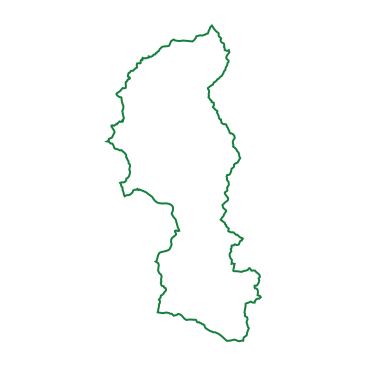 Mae On, Chiang Mai, Thailand, rotated 346°
{"feature_id": "78962969B29655257456650", "entity_name": "Mae On", "entity_type": "district", "adm_level": 2, "iso_a3": "THA", "parent_name": "Thailand", "parent_adm1": "Chiang Mai", "projection": "albers", "projection_center": [99.293, 18.727], "detail": "fine", "context": "isolated", "style": "outline", "palette": "green", "viewbox_px": 384, "rotation_deg": 346, "n_neighbors": 0, "source": "geoboundaries", "source_scale": "gbopen_adm2", "svg_char_len": 6032}
<svg xmlns="http://www.w3.org/2000/svg" viewBox="0 0 384 384"><g transform="rotate(346 192 192)"><path d="M129.6,300.5L134.6,302.6L137.8,302.7L140.3,303.8L141.2,304.7L142.9,305.3L144.3,307.6L147.3,307.6L148.6,307.1L149.8,307.2L151.9,309.0L154.1,313.3L155.6,314.8L159.0,315.2L164.9,317.0L165.5,319.5L166.0,319.9L167.5,320.1L168.2,321.1L169.4,321.8L169.8,322.7L170.8,323.1L171.8,324.1L171.9,326.3L172.4,327.6L176.2,331.5L177.5,332.2L178.7,333.3L180.6,333.7L183.6,336.2L185.9,339.0L189.7,344.8L192.5,345.4L197.5,345.5L201.5,348.2L203.9,348.2L205.7,348.7L206.6,346.3L207.1,345.6L210.3,344.4L211.7,341.4L214.2,337.9L213.5,336.1L213.6,334.2L213.4,331.5L215.1,328.9L215.2,327.6L215.0,326.7L213.6,325.5L213.3,324.8L214.0,323.2L213.7,321.7L216.3,315.9L217.0,313.4L218.0,313.1L220.5,313.0L222.2,312.5L223.2,313.1L223.9,313.9L226.0,314.5L226.9,312.8L228.1,311.9L229.8,311.3L231.5,311.7L233.3,310.7L232.9,309.5L230.7,308.0L231.8,305.1L232.0,302.7L231.7,301.9L230.9,301.1L229.8,300.6L229.7,298.9L230.2,298.0L231.4,298.4L232.5,298.3L234.6,296.3L235.9,294.0L235.7,292.0L237.2,291.0L237.5,290.5L237.3,288.6L237.0,287.9L234.6,284.7L234.1,283.5L232.5,282.9L231.1,282.9L230.5,282.5L229.9,280.3L229.4,279.8L228.7,279.9L227.6,280.9L226.3,281.3L223.2,281.2L220.8,281.5L216.1,279.6L214.0,279.2L213.0,278.4L213.8,276.4L214.4,275.5L214.7,274.3L216.0,272.1L214.4,271.3L213.0,271.3L214.3,267.5L213.3,265.6L213.1,263.1L213.4,261.6L214.1,260.5L215.9,258.9L215.7,256.8L216.9,255.8L217.3,253.8L217.8,253.5L219.6,253.9L220.9,253.1L222.7,254.4L224.9,254.2L225.7,252.7L227.0,251.2L228.5,251.1L228.9,250.2L229.8,249.9L230.0,249.6L229.7,248.9L227.9,247.9L225.5,244.4L224.4,244.2L222.5,241.2L220.2,240.6L217.8,238.9L217.7,238.6L218.8,236.3L217.1,234.0L216.9,233.2L217.2,232.4L216.4,231.6L216.4,229.9L213.1,225.9L215.0,224.1L216.9,222.8L217.6,221.5L220.6,218.8L220.6,218.2L218.5,215.0L218.3,212.4L218.4,212.0L222.2,209.8L224.6,208.9L225.3,207.7L225.5,206.5L223.6,202.0L223.5,200.9L223.9,200.3L226.5,199.3L226.8,198.7L227.0,196.5L229.5,193.9L229.9,191.0L228.8,188.7L228.9,188.1L229.4,187.5L229.3,185.3L230.2,184.1L231.7,184.3L233.2,183.8L235.2,181.0L235.8,179.3L236.6,178.7L238.3,178.1L238.9,177.5L239.3,175.8L239.6,175.6L240.8,174.8L243.2,174.6L247.0,170.7L246.5,169.1L246.8,167.0L246.7,165.0L245.7,163.3L245.4,161.4L244.6,160.4L244.4,159.6L242.9,157.9L243.5,156.4L243.6,153.4L244.9,151.4L246.4,150.1L246.6,149.6L246.6,147.6L245.8,145.9L244.6,144.7L243.6,144.5L242.9,143.8L242.9,141.6L242.4,140.1L242.3,138.6L241.6,136.6L241.5,134.8L241.2,134.5L238.9,133.7L237.4,132.1L237.6,128.6L236.7,128.3L236.1,126.9L236.2,124.1L235.5,121.0L236.2,119.6L234.8,118.1L232.8,114.6L234.3,113.1L234.7,110.6L232.8,109.5L233.0,108.0L231.9,106.7L231.5,105.1L230.9,104.1L231.8,102.8L231.7,101.3L232.6,99.8L232.9,98.5L232.9,97.0L232.4,95.7L232.6,95.0L236.4,93.3L238.3,92.9L239.6,91.0L240.8,90.8L243.2,89.6L243.8,88.8L245.3,88.5L247.5,87.0L248.9,86.6L251.1,84.4L252.3,82.6L253.7,81.8L254.9,79.4L256.9,77.4L257.5,75.7L258.9,74.6L259.2,73.2L257.7,71.0L257.9,69.4L259.0,68.0L262.1,65.4L262.1,63.3L260.8,63.6L259.6,63.3L258.1,62.1L258.5,60.1L258.1,58.9L258.7,58.0L258.9,56.2L258.8,55.6L257.0,54.1L256.4,52.5L256.4,51.4L257.2,50.6L257.4,49.8L255.7,47.4L256.2,44.3L254.3,41.9L253.0,39.4L251.6,35.3L249.8,36.3L248.4,38.4L247.5,39.2L245.9,41.9L245.3,42.1L244.0,42.0L242.8,42.5L239.7,42.7L238.1,42.0L234.1,41.9L232.8,43.5L230.9,45.1L228.8,46.0L220.4,43.0L215.9,42.4L212.1,40.8L211.5,39.8L211.0,39.7L208.4,40.4L205.3,44.4L204.8,44.6L203.5,44.6L199.6,43.9L198.0,44.0L195.2,45.6L194.2,46.9L192.3,47.7L191.7,48.3L190.4,48.5L189.8,49.5L188.0,49.5L186.7,50.5L185.0,50.8L184.1,50.8L182.9,50.0L182.6,51.1L182.3,51.2L181.5,50.9L179.3,51.1L178.4,50.7L177.4,50.6L176.6,49.9L176.0,50.5L176.1,51.4L175.8,51.9L175.2,52.1L174.6,51.7L174.2,51.9L173.8,52.7L173.4,54.4L172.7,54.6L171.4,54.1L169.9,54.0L169.4,54.8L168.8,56.7L168.9,57.6L168.6,58.0L166.9,58.4L164.1,60.1L162.1,59.7L160.6,61.0L159.3,61.2L158.2,63.0L157.8,64.2L158.2,65.1L159.2,65.7L159.2,66.8L158.8,67.1L157.3,67.2L156.8,67.8L156.1,68.0L155.2,69.2L154.5,69.2L154.1,69.6L153.4,73.6L152.8,74.9L152.0,75.1L149.6,74.4L146.8,76.6L142.6,78.2L142.4,79.2L143.1,80.7L144.7,82.4L146.2,83.0L146.3,83.6L145.8,87.5L146.2,92.2L145.3,94.9L144.0,96.4L143.7,100.9L143.8,104.0L142.6,105.2L142.3,106.1L141.9,105.7L141.4,106.6L141.1,106.2L139.8,106.8L138.7,106.0L136.0,107.7L135.5,107.6L135.5,108.0L133.8,108.3L132.6,108.9L130.9,108.0L129.9,108.1L129.7,108.7L131.4,114.1L131.3,115.3L127.5,119.8L124.3,120.3L124.0,120.5L123.9,121.5L122.8,122.2L121.9,122.4L123.7,123.3L124.7,125.2L126.4,125.7L127.0,127.5L127.3,130.6L127.7,131.3L129.8,132.3L132.3,134.3L133.6,134.2L135.2,136.7L135.9,137.3L137.0,139.9L137.0,141.0L136.5,142.2L137.1,143.3L137.1,144.8L137.8,146.6L137.5,148.7L138.3,150.5L138.0,152.1L136.6,155.0L136.8,157.2L136.6,158.2L134.8,161.3L133.3,162.6L131.5,163.1L131.0,164.8L129.9,165.7L128.2,166.2L126.2,165.6L124.4,165.8L125.0,167.8L124.8,169.2L125.7,171.1L125.1,173.0L125.5,175.9L125.3,177.9L125.6,179.8L127.5,179.3L130.1,179.7L131.4,179.5L134.1,178.1L135.2,176.4L135.6,176.2L136.6,175.9L138.4,176.3L139.7,175.8L140.2,177.0L140.7,177.2L140.9,176.7L141.7,176.9L147.4,181.2L152.3,187.3L153.0,189.6L153.9,191.5L155.3,193.4L157.0,194.7L159.8,195.8L164.3,196.8L167.3,198.2L169.5,200.5L169.8,202.5L169.6,203.6L168.8,205.7L167.1,207.9L167.0,208.5L168.0,211.7L169.5,214.8L169.7,222.9L170.3,225.8L170.3,226.5L169.2,226.6L167.1,225.4L166.2,225.6L165.9,226.4L166.4,228.5L166.3,229.4L165.0,230.2L162.0,231.5L161.2,232.0L160.5,232.8L159.6,235.3L159.6,237.4L159.1,238.8L156.5,242.0L155.6,242.5L153.5,242.9L146.8,242.9L145.7,243.2L144.0,244.9L141.3,249.8L140.8,250.4L139.9,250.7L142.1,253.0L142.1,254.9L140.2,259.6L140.3,261.5L140.8,263.3L141.5,263.9L142.1,265.4L142.0,266.8L140.7,269.7L140.6,271.6L139.8,272.3L139.7,274.7L140.1,275.8L141.7,276.6L141.9,278.0L143.2,279.0L143.2,280.5L142.8,281.3L140.5,282.9L139.8,283.8L138.2,284.6L136.7,285.0L135.9,286.9L133.8,288.5L134.5,289.8L134.0,291.8L133.0,292.7L132.7,294.0L129.6,300.5Z" fill="none" stroke="#15803d" stroke-width="2"/></g></svg>